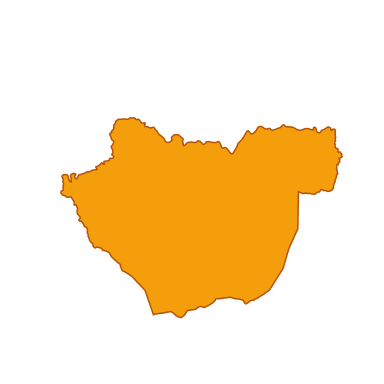 Concordia, Olancho, Honduras, rotated 300°
{"feature_id": "27666195B67988098345344", "entity_name": "Concordia", "entity_type": "district", "adm_level": 2, "iso_a3": "HND", "parent_name": "Honduras", "parent_adm1": "Olancho", "projection": "robinson", "projection_center": [-86.696, 14.659], "detail": "fine", "context": "isolated", "style": "filled", "palette": "amber", "viewbox_px": 384, "rotation_deg": 300, "n_neighbors": 0, "source": "geoboundaries", "source_scale": "gbopen_adm2", "svg_char_len": 6000}
<svg xmlns="http://www.w3.org/2000/svg" viewBox="0 0 384 384"><g transform="rotate(300 192 192)"><path d="M145.9,308.1L171.3,309.1L191.7,304.1L213.1,302.0L245.5,284.0L246.1,288.9L248.1,291.3L248.3,292.5L249.7,294.8L250.1,296.5L251.6,299.7L254.2,300.4L255.0,301.1L255.4,302.0L255.7,302.2L257.0,302.5L258.2,302.5L258.7,302.7L259.0,303.4L259.2,305.6L260.1,307.0L260.2,308.9L261.1,310.3L261.4,310.7L263.6,312.3L264.6,312.3L265.8,312.5L266.5,312.2L267.6,311.6L270.4,310.9L272.1,310.9L273.3,310.2L277.0,309.6L279.1,308.7L280.6,309.2L283.0,306.9L283.9,306.4L284.7,305.4L287.9,304.0L288.8,305.0L290.0,304.2L290.7,304.4L291.3,304.9L291.7,304.9L292.7,304.2L293.9,304.0L294.3,302.8L294.5,302.6L294.9,302.7L296.9,304.2L297.7,304.3L298.1,304.0L298.4,303.3L299.0,302.9L299.6,302.8L299.9,302.5L300.1,301.2L300.6,300.7L300.7,300.1L300.4,299.6L299.7,299.0L299.6,298.5L299.8,298.3L301.9,297.2L302.3,296.8L302.4,296.4L302.0,295.5L302.0,294.9L302.4,293.9L303.1,293.1L303.8,292.5L305.0,292.3L305.3,291.2L305.5,291.0L306.5,290.7L308.2,290.7L308.9,290.2L310.1,289.0L310.4,289.0L310.7,289.2L311.1,289.2L312.1,288.2L313.7,287.0L316.7,285.6L317.4,284.8L317.6,284.1L317.4,283.3L317.0,282.8L316.4,282.4L315.3,282.3L315.0,281.9L315.2,281.2L316.4,280.3L316.7,279.8L316.7,278.2L316.4,277.3L312.3,275.2L310.3,273.5L309.4,273.3L307.8,273.3L307.2,273.0L306.8,272.6L306.6,271.4L306.7,269.7L309.1,267.6L309.4,266.8L309.3,265.6L308.8,265.3L308.0,265.3L307.5,265.4L306.6,266.1L306.4,266.0L305.5,263.9L305.1,261.2L304.7,260.2L302.8,257.6L301.6,256.9L300.5,255.9L299.9,255.3L299.3,254.3L298.8,253.0L298.5,251.8L298.7,249.4L298.3,246.3L295.6,240.7L295.6,239.7L296.1,238.5L296.0,237.6L295.2,237.1L292.6,236.5L291.6,236.0L290.1,234.6L287.1,232.2L285.6,230.4L285.3,229.5L285.8,228.2L285.8,227.2L285.6,226.8L283.9,225.3L283.4,224.5L283.2,222.8L283.5,221.1L283.5,219.9L283.2,218.8L282.4,217.7L281.7,217.1L280.9,216.8L277.2,216.8L275.1,216.4L272.5,215.3L272.1,214.8L272.0,213.9L273.1,210.0L272.9,209.7L272.0,209.4L271.2,209.2L264.3,209.2L261.0,208.7L257.1,207.6L253.7,208.2L248.9,208.2L245.9,208.1L245.3,207.8L244.9,207.4L244.8,206.9L244.8,206.1L246.7,201.6L247.1,200.1L247.0,198.3L245.4,196.6L245.2,196.3L245.3,195.9L245.8,194.9L247.2,193.4L248.4,191.6L249.0,190.5L249.0,189.7L248.5,189.1L247.1,188.3L246.7,187.8L245.6,185.9L244.3,182.5L244.2,181.5L242.8,179.5L242.1,179.2L240.8,179.2L239.9,179.0L239.5,178.7L239.1,178.2L238.9,177.5L239.9,173.7L239.6,171.9L237.2,170.7L236.5,170.1L235.8,168.8L234.7,166.0L232.9,163.7L232.1,163.2L229.5,162.6L228.0,161.7L228.2,161.1L229.6,160.1L230.8,158.6L233.0,158.1L233.7,157.5L234.1,154.5L234.4,153.7L234.7,151.7L234.4,150.8L233.6,149.4L233.0,148.3L232.5,147.9L229.4,147.0L228.6,147.1L226.9,148.6L226.1,148.6L225.1,148.3L223.8,147.6L222.5,145.7L222.4,143.9L223.1,142.8L224.1,141.6L224.9,139.0L225.6,133.9L227.4,131.0L227.6,129.2L228.4,128.0L228.9,126.9L228.7,126.1L226.6,123.9L226.5,123.2L226.3,120.8L225.4,119.1L225.2,118.4L225.3,118.0L225.8,117.7L228.0,117.2L228.3,116.9L228.3,116.6L226.9,114.8L226.5,114.0L227.2,112.2L228.1,110.4L228.2,109.3L228.1,108.9L227.0,107.9L226.8,107.5L226.7,106.9L227.2,106.2L227.4,105.1L226.1,103.0L225.5,101.7L225.1,101.3L222.7,99.9L221.4,96.7L219.2,93.7L218.4,92.2L217.4,91.5L215.2,90.7L212.6,91.3L211.2,90.7L208.1,92.4L207.4,92.5L206.5,92.5L204.3,91.9L203.9,92.1L203.6,92.6L203.2,92.6L202.8,92.5L202.2,91.8L201.3,91.7L200.1,92.7L198.9,94.7L197.9,95.4L197.2,96.1L197.1,98.0L196.9,98.5L196.5,98.9L195.7,99.3L193.1,99.8L191.7,99.2L190.5,99.5L188.6,102.5L186.4,103.9L184.5,103.7L184.3,104.0L184.2,104.8L183.7,106.0L183.0,106.8L182.3,106.9L181.9,106.7L181.3,106.0L180.0,104.0L179.4,104.0L178.4,104.3L177.5,104.1L176.9,103.5L174.9,100.9L174.5,100.6L174.1,100.6L173.7,100.7L172.3,102.2L171.9,101.5L171.8,100.8L172.2,99.3L168.2,98.0L167.4,97.5L165.8,96.2L165.6,96.2L165.3,96.4L164.5,98.3L164.1,98.5L160.7,94.5L158.2,93.1L156.7,90.6L155.4,90.2L154.3,89.5L153.0,88.1L151.8,87.2L150.6,85.6L149.3,85.4L147.0,85.8L145.9,85.5L145.6,85.1L145.6,84.5L145.9,83.6L146.4,82.9L147.2,82.5L149.0,82.6L149.4,82.1L149.4,81.5L149.1,80.6L148.3,79.5L147.8,79.1L146.4,78.6L145.3,78.7L143.8,80.2L141.9,81.3L140.7,82.3L140.2,82.2L139.9,81.6L140.3,80.5L142.2,78.2L144.0,76.5L144.2,76.1L144.4,75.6L144.1,74.2L143.1,72.5L142.2,71.8L140.9,71.5L140.2,71.8L138.7,74.1L136.4,74.9L135.3,76.4L134.8,76.8L133.6,77.0L131.6,77.9L130.4,78.9L129.3,79.5L128.8,79.4L127.9,78.7L127.0,78.3L126.1,78.6L125.2,79.5L124.6,81.7L125.2,83.5L125.0,86.6L126.9,89.1L127.2,89.7L124.5,95.0L124.1,95.3L122.3,96.0L121.9,96.4L121.9,96.8L123.0,97.7L123.0,98.1L121.8,99.2L120.7,101.1L117.6,102.2L116.0,103.4L115.5,104.4L114.6,107.1L113.9,108.2L113.5,108.3L111.5,107.8L111.0,108.1L110.6,109.5L111.2,110.5L111.2,111.2L109.6,114.6L108.3,116.1L108.2,116.6L108.7,117.6L108.0,119.3L106.7,120.5L104.1,121.8L103.6,122.9L102.9,123.6L101.9,123.9L100.8,125.7L99.7,126.7L98.4,128.5L97.8,130.2L97.6,131.9L96.9,132.6L96.1,133.0L95.7,133.4L95.2,135.0L95.1,136.1L95.7,136.6L96.5,137.0L96.9,137.4L97.8,140.9L97.8,142.4L96.8,143.9L96.9,144.4L97.4,144.7L97.6,145.3L97.6,146.3L98.1,148.9L98.0,150.4L97.6,151.4L95.6,154.7L95.1,157.1L94.7,158.4L94.5,160.4L93.8,162.3L93.7,164.3L93.3,166.1L92.9,166.7L92.2,166.9L91.6,167.4L90.6,168.9L89.5,170.1L89.0,171.7L89.0,172.5L89.3,173.6L89.4,174.4L89.1,176.0L89.3,177.7L88.9,179.9L89.0,181.6L83.3,200.6L66.4,220.0L67.2,220.4L68.0,221.2L73.3,228.2L74.7,229.6L77.7,233.3L77.9,234.1L77.9,236.2L77.6,237.7L76.9,240.0L76.9,240.8L77.2,244.2L77.7,245.3L81.7,247.1L83.8,247.1L84.6,247.3L86.0,247.2L87.2,247.5L88.0,248.3L90.1,251.2L92.2,253.7L95.0,254.9L96.9,256.1L97.4,257.0L98.0,260.2L98.5,260.7L103.6,264.0L105.0,264.5L106.5,265.4L109.6,266.3L111.2,266.0L112.0,266.6L113.3,269.3L115.6,271.8L117.3,274.4L119.3,276.7L120.3,278.6L121.1,282.7L122.6,285.7L123.7,289.5L123.6,290.7L122.5,292.6L122.1,293.6L122.0,294.3L122.3,294.9L125.0,296.2L126.8,296.9L128.6,298.6L129.3,299.7L129.8,300.0L130.6,300.0L132.8,301.9L135.4,302.9L138.8,305.0L142.9,306.7L144.7,307.7L145.9,308.1Z" fill="#f59e0b" stroke="#b45309" stroke-width="1.5"/></g></svg>